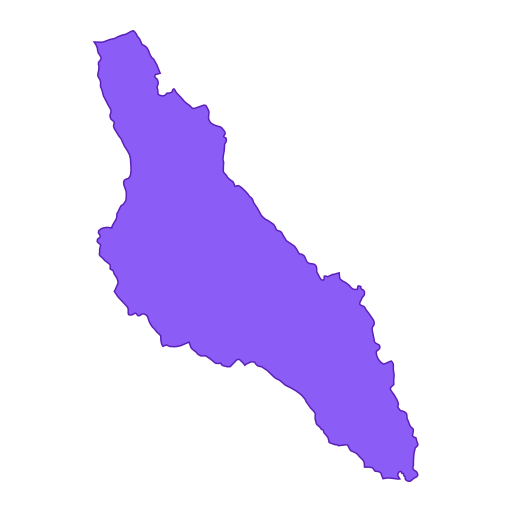 the district of Yen Lap, Phú Thọ, Vietnam
{"feature_id": "81297802B78626005730568", "entity_name": "Yen Lap", "entity_type": "district", "adm_level": 2, "iso_a3": "VNM", "parent_name": "Vietnam", "parent_adm1": "Phú Thọ", "projection": "natural_earth1", "projection_center": [105.026, 21.372], "detail": "fine", "context": "isolated", "style": "filled", "palette": "violet", "viewbox_px": 512, "rotation_deg": 0, "n_neighbors": 0, "source": "geoboundaries", "source_scale": "gbopen_adm2", "svg_char_len": 6034}
<svg xmlns="http://www.w3.org/2000/svg" viewBox="0 0 512 512"><path d="M205.9,105.5L203.9,105.1L194.7,108.3L192.7,108.5L189.1,105.1L186.4,103.2L184.3,101.3L181.2,97.7L177.0,93.4L175.4,91.1L174.6,89.4L173.8,88.9L173.3,89.1L172.7,89.9L172.3,91.2L171.6,92.3L169.7,93.0L167.0,93.1L165.3,95.0L164.3,95.6L162.1,95.9L159.3,95.1L158.5,94.5L158.1,93.9L157.9,92.2L157.8,90.0L157.1,87.5L157.2,86.3L158.0,84.6L158.2,82.5L157.7,80.3L156.9,79.0L155.1,77.3L154.7,76.2L155.0,75.3L155.8,74.5L160.2,73.3L156.8,64.8L153.6,59.1L151.8,57.6L151.3,56.9L149.8,54.2L148.6,50.8L147.2,48.2L146.2,47.0L145.2,46.2L143.8,45.3L142.1,44.6L140.1,40.0L139.3,38.6L137.3,36.2L136.5,34.3L134.7,31.9L133.4,30.7L131.2,31.3L126.0,34.2L122.4,35.0L118.4,36.5L114.3,38.6L110.2,39.4L103.2,42.0L101.9,42.2L94.1,42.0L95.8,44.5L97.3,47.9L97.6,50.3L98.3,53.0L99.9,55.3L101.0,57.5L101.0,59.0L100.1,60.5L98.6,62.1L98.4,64.0L99.0,66.9L98.6,70.6L97.8,74.2L97.9,76.2L100.2,80.4L100.6,82.0L100.5,85.5L100.6,87.0L101.8,89.6L103.4,95.8L108.0,104.7L110.2,108.5L111.0,110.3L110.9,112.6L110.0,115.1L110.1,116.9L111.1,119.3L113.6,121.4L114.2,122.3L114.0,124.0L113.5,126.2L114.2,128.4L118.9,136.1L120.9,138.5L124.4,146.1L127.5,150.9L129.5,154.8L130.4,158.3L131.0,167.0L131.0,170.9L130.6,174.4L129.8,176.7L128.3,178.4L125.5,179.4L124.2,180.4L123.6,182.3L123.9,185.0L126.2,191.6L126.3,195.8L126.0,199.9L125.5,201.2L123.4,204.2L121.1,205.7L119.5,208.6L118.0,211.9L116.9,213.6L116.9,215.1L116.7,217.3L116.1,219.2L113.0,224.5L112.0,226.5L111.8,228.0L110.3,227.6L106.7,227.4L103.9,227.8L101.3,228.6L98.7,230.8L98.4,232.9L100.1,235.5L100.2,236.6L99.6,237.7L98.0,238.6L97.4,239.7L97.2,241.6L98.5,243.1L100.3,244.5L100.5,245.8L99.6,249.5L99.7,252.0L99.3,254.2L100.0,255.8L102.4,257.9L105.0,260.7L108.8,263.6L110.1,264.8L110.3,265.8L110.1,268.9L113.1,270.7L114.3,274.1L117.0,278.3L118.0,281.6L117.9,283.6L115.1,290.0L114.3,291.4L118.1,297.0L127.2,306.7L128.2,308.8L128.2,312.8L128.4,314.2L128.8,314.7L130.2,315.0L131.4,315.0L133.1,314.4L134.7,313.3L135.3,313.2L136.2,313.6L137.9,315.7L138.5,315.8L140.1,315.4L141.9,314.0L142.9,313.9L144.8,314.2L146.4,315.2L147.6,316.8L149.3,321.8L150.9,324.8L152.3,326.9L154.6,329.1L156.8,332.0L159.5,334.4L160.7,335.8L160.9,340.4L161.5,343.5L162.1,345.0L163.0,346.4L165.1,345.3L166.7,345.1L170.0,346.5L174.9,346.7L177.6,346.4L181.2,345.5L189.0,342.1L191.0,347.6L192.2,349.1L196.1,352.1L198.3,354.6L201.0,355.9L205.5,355.8L206.1,356.1L210.8,359.3L214.2,362.2L215.8,363.3L218.0,363.5L220.7,363.2L221.9,365.1L223.2,365.7L227.0,366.7L229.4,366.7L230.3,366.6L236.9,359.7L237.8,359.5L239.1,359.4L239.9,359.9L243.2,363.1L244.8,365.3L245.9,364.3L250.4,362.1L251.7,361.8L254.0,362.0L254.8,362.5L255.9,364.2L257.8,365.9L259.9,366.5L261.6,366.7L267.4,370.6L274.1,377.1L276.4,378.7L278.6,379.7L280.2,380.7L285.4,385.2L291.2,388.1L294.9,390.2L298.7,392.8L301.6,395.2L305.0,399.1L306.1,401.6L310.9,408.4L313.0,410.4L314.8,412.7L315.2,413.5L315.3,414.5L315.1,417.5L315.2,419.2L316.3,423.6L316.8,424.5L320.5,427.8L321.3,429.2L322.9,429.9L323.2,430.2L324.1,432.9L326.2,435.2L328.1,437.8L329.2,442.5L334.6,444.6L337.2,444.8L338.4,445.7L346.8,444.7L347.6,445.1L349.8,449.4L350.9,450.8L355.0,452.5L357.5,454.3L359.3,456.5L363.2,460.4L364.2,462.5L364.5,467.1L368.9,467.1L371.9,467.6L373.0,468.4L374.9,471.0L375.3,471.2L377.9,471.5L379.8,472.1L380.7,472.8L383.0,478.7L387.2,478.0L389.8,478.0L398.4,479.1L399.8,478.9L398.1,476.0L397.8,474.7L397.9,474.0L398.7,472.3L399.9,471.5L400.6,471.4L401.1,471.6L401.4,472.1L401.5,472.8L402.0,473.4L402.8,473.3L403.4,473.6L404.0,475.9L405.1,476.8L405.2,478.9L406.2,480.2L407.1,480.8L408.6,481.3L410.5,481.1L414.0,478.2L416.7,476.8L417.7,475.3L417.7,474.3L417.0,472.4L416.2,471.5L413.6,469.8L413.1,468.6L412.9,467.8L413.0,466.5L413.5,465.0L413.4,461.4L413.8,455.3L414.2,452.0L414.9,450.0L414.9,448.4L417.5,445.7L417.9,445.0L417.8,443.7L416.9,441.6L416.0,438.0L415.7,437.6L414.4,437.3L413.7,436.9L412.9,436.3L412.6,435.6L412.6,434.6L413.4,430.8L413.3,429.8L413.0,428.8L411.4,427.5L410.3,426.2L409.2,423.9L408.4,421.3L407.1,418.7L406.8,414.7L406.5,413.6L404.8,412.0L402.4,411.0L401.2,410.9L399.5,409.6L397.6,406.6L398.1,405.6L398.4,403.8L398.1,402.7L397.2,400.2L394.4,395.2L392.6,392.8L390.3,389.3L390.7,387.6L391.8,386.4L393.8,384.6L393.7,380.5L394.1,374.9L393.3,369.3L393.4,366.5L393.3,364.2L392.2,362.0L391.4,361.1L390.8,361.1L384.9,363.7L384.0,363.9L383.0,363.8L380.9,362.4L378.1,358.9L376.7,355.6L376.2,352.2L376.3,351.5L379.4,348.8L379.9,347.6L379.7,346.0L379.3,345.1L375.5,343.0L374.4,341.7L374.1,339.6L372.1,329.6L372.3,327.5L374.1,324.5L374.2,323.1L374.1,321.8L373.4,320.0L369.0,313.6L365.9,309.5L364.6,307.1L363.3,306.2L360.5,305.0L359.8,304.2L359.7,303.1L360.2,301.8L362.3,297.4L364.1,295.3L364.5,294.0L364.5,292.2L364.1,291.0L363.4,290.1L361.9,289.3L361.3,288.8L360.9,287.9L360.9,286.8L360.2,286.2L358.3,285.9L357.8,286.5L357.5,289.1L356.7,289.4L354.5,289.4L353.3,289.2L351.8,288.2L350.3,286.8L349.3,285.4L346.1,282.9L343.0,281.2L340.6,279.5L340.0,278.7L339.5,276.6L339.2,272.8L333.8,274.4L332.6,274.4L327.8,276.7L325.4,276.0L324.6,276.0L324.2,276.3L324.1,279.4L323.4,280.1L321.5,279.9L320.0,278.0L316.8,271.9L316.6,267.6L316.2,266.2L314.8,264.6L313.8,264.1L309.3,263.4L307.5,262.5L306.7,261.4L304.7,256.7L304.1,255.8L301.7,254.2L299.2,253.9L296.7,249.3L294.5,246.2L286.4,240.7L283.2,235.5L281.5,232.4L280.3,231.4L276.9,230.2L276.3,229.7L275.0,226.5L273.6,224.4L268.1,220.6L265.5,219.3L262.6,216.8L261.0,214.9L257.6,208.6L253.7,202.8L252.7,199.7L251.6,198.0L249.4,196.4L248.1,194.3L246.0,191.9L241.9,187.9L239.9,186.4L238.5,185.7L237.5,185.7L235.0,186.3L233.6,182.9L232.8,181.5L230.5,180.0L228.4,178.3L227.3,177.0L226.4,175.3L223.8,172.6L223.3,171.1L223.4,166.6L223.7,162.4L223.0,159.7L223.1,157.2L224.3,150.0L224.6,144.5L224.9,143.6L226.0,142.0L226.4,140.1L226.2,138.8L226.0,138.1L224.6,137.4L223.7,136.6L223.7,135.9L225.1,134.1L225.0,132.6L224.6,131.4L222.0,128.1L220.6,127.0L216.5,125.8L214.0,124.9L211.2,123.2L210.0,121.9L208.8,119.4L208.5,117.6L209.0,112.1L208.5,110.3L205.9,105.5Z" fill="#8b5cf6" stroke="#5b21b6" stroke-width="1.5"/></svg>